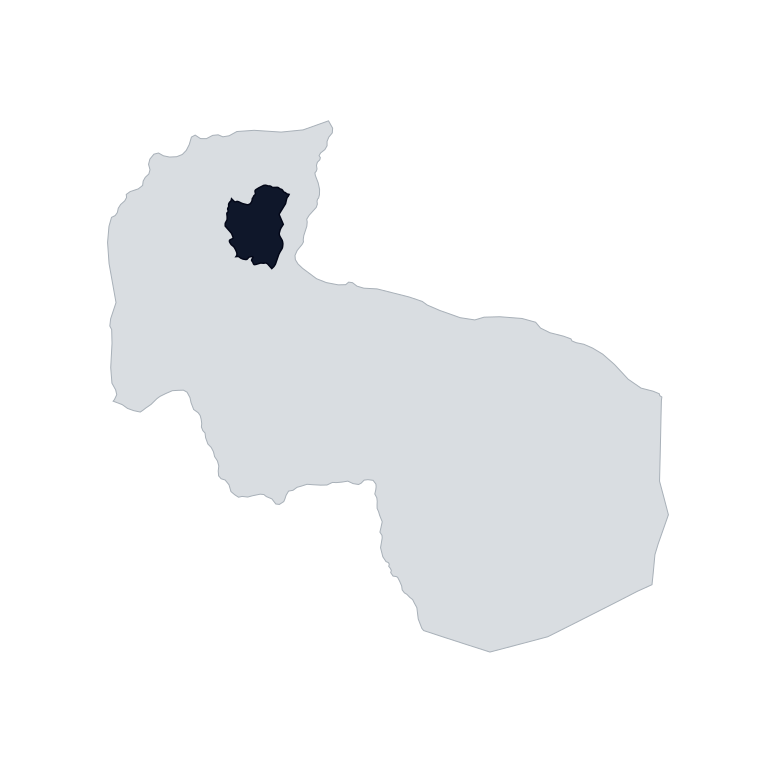 location of Paraguarí within Paraguay, rotated 167°
{"feature_id": "PRY-611", "entity_name": "Paraguarí", "entity_type": "Department", "adm_level": 1, "iso_a3": "PRY", "parent_name": "Paraguay", "parent_adm1": "", "projection": "orthographic", "projection_center": [-57.025, -26.024], "detail": "fine", "context": "in_parent", "style": "filled", "palette": "ink", "viewbox_px": 768, "rotation_deg": 167, "n_neighbors": 0, "source": "natural_earth", "source_scale": "10m", "svg_char_len": 5475}
<svg xmlns="http://www.w3.org/2000/svg" viewBox="0 0 768 768"><g transform="rotate(167 384 384)"><path d="M402.3,158.7L403.7,163.7L404.6,167.5L406.8,170.2L409.0,173.9L411.1,175.9L412.6,179.3L412.2,183.2L413.1,188.2L414.2,192.5L415.3,193.6L418.4,194.8L419.9,198.7L418.8,200.7L419.3,202.9L420.4,205.2L419.4,207.3L419.9,209.0L422.0,210.5L424.0,215.9L424.2,225.3L422.1,230.3L420.4,234.4L420.0,236.9L421.3,240.6L419.2,244.9L416.7,250.2L417.3,253.8L417.8,257.2L418.0,260.9L418.7,264.3L417.9,268.0L417.0,271.2L416.6,274.8L417.7,278.9L415.8,282.8L414.8,285.6L414.4,288.3L416.3,292.6L421.2,294.4L425.0,294.8L428.6,292.5L431.4,291.8L436.5,293.9L441.1,297.5L447.1,297.9L452.4,298.6L456.4,299.7L462.3,298.4L468.5,299.7L475.7,301.8L481.6,303.6L487.5,303.1L492.0,302.9L496.6,300.9L501.1,301.1L504.5,297.5L506.4,294.3L508.1,292.0L513.0,290.2L516.4,291.4L519.1,297.3L524.0,300.8L525.9,303.3L529.4,304.5L537.3,304.7L542.2,304.5L547.6,306.4L551.2,306.4L554.4,309.7L557.3,313.6L557.7,320.7L560.4,326.2L564.0,328.3L565.8,331.7L565.1,336.5L563.4,341.3L563.6,346.5L565.4,351.4L565.4,356.2L566.6,361.0L569.1,365.1L569.9,371.8L569.4,376.5L571.0,379.3L571.6,383.2L570.5,386.4L570.1,390.7L570.2,394.6L571.5,397.8L575.2,402.0L576.2,409.3L576.1,414.3L577.7,420.3L580.8,423.1L585.8,424.1L591.7,425.1L598.8,423.8L605.1,422.3L608.6,420.8L615.6,416.5L621.7,414.1L624.9,412.6L627.8,411.5L633.8,414.3L639.4,417.9L643.7,422.8L651.8,428.2L650.2,429.4L646.8,433.7L646.8,438.7L648.9,446.0L646.6,461.4L639.9,484.7L637.1,498.3L638.1,502.2L635.7,509.0L626.8,523.6L626.3,533.5L624.8,563.2L621.5,584.1L616.5,599.5L612.0,607.7L608.0,608.6L605.2,611.1L603.4,615.0L600.2,618.2L595.5,620.7L592.9,623.6L592.5,626.7L588.0,628.6L579.5,629.4L574.5,631.8L573.0,635.9L570.1,639.1L565.9,641.5L563.8,645.4L564.0,651.0L561.5,655.8L556.5,659.7L551.8,659.8L547.6,656.0L542.0,653.4L534.9,652.1L528.9,653.0L524.1,656.1L519.9,661.1L516.1,667.9L512.0,669.0L507.6,664.4L501.9,663.0L495.0,664.8L489.5,664.1L485.4,661.1L479.1,660.7L470.6,663.1L453.5,660.4L427.6,652.6L405.7,649.8L378.9,652.9L376.5,644.8L377.9,640.3L382.2,637.0L384.9,633.2L385.9,628.9L388.9,625.7L393.8,623.4L395.9,621.1L395.1,618.9L396.1,616.9L399.0,615.1L400.6,612.3L400.9,608.6L402.0,606.7L403.8,605.3L404.0,602.7L402.9,594.7L403.0,588.1L404.3,583.0L405.9,579.9L407.1,579.1L408.1,577.3L408.5,574.2L410.3,571.3L418.9,565.3L422.2,562.0L422.4,559.1L423.7,555.1L428.8,546.6L430.3,542.6L430.5,540.6L432.3,538.5L438.5,533.7L441.8,529.3L442.4,525.1L440.8,520.3L437.3,515.0L426.1,501.8L417.4,495.8L406.3,490.9L399.0,489.4L395.5,491.2L391.9,489.8L388.3,485.4L382.1,481.9L369.3,478.2L339.9,463.1L328.1,455.8L324.1,451.2L313.1,443.1L294.9,431.5L281.1,426.0L271.5,426.6L256.1,423.5L234.8,416.8L222.4,410.1L218.9,403.3L210.9,396.7L198.3,390.2L191.7,385.9L191.2,383.7L187.4,381.0L180.4,377.8L172.7,372.1L164.2,363.9L155.0,351.1L145.0,333.7L134.5,322.2L123.5,316.5L118.0,312.6L117.9,310.6L116.2,308.8L117.5,305.3L121.0,291.6L126.0,271.8L131.2,251.4L137.4,227.3L136.8,210.4L136.3,192.6L145.8,177.6L152.6,166.9L158.4,156.8L164.1,139.6L168.0,128.2L183.8,125.0L210.7,118.2L224.1,114.9L252.5,107.9L281.3,100.9L311.7,99.9L341.1,99.0L364.1,112.7L381.6,123.2L400.8,134.8L402.1,137.4L403.5,147.3L402.3,158.7Z" fill="#d9dde1" stroke="#a8b0b8" stroke-width="1"/><path d="M493.4,537.5L495.3,538.9L496.7,540.6L497.2,540.9L497.6,541.1L499.6,541.4L498.5,542.4L498.1,543.6L497.9,544.8L498.0,546.0L498.4,548.1L499.0,550.3L499.4,551.3L499.9,552.1L501.4,554.0L501.9,555.1L502.5,557.0L502.5,558.0L502.2,558.7L501.6,559.1L498.9,559.7L498.5,560.0L498.1,560.4L498.1,560.9L498.1,561.2L498.1,561.4L498.5,564.0L498.7,565.0L499.1,565.9L503.2,573.6L502.7,575.8L502.4,576.5L500.3,578.9L499.8,579.7L499.2,582.3L498.9,584.8L498.8,585.4L498.5,586.0L497.2,586.9L497.0,587.2L496.9,587.7L496.9,588.3L497.0,589.0L497.0,589.6L496.7,590.4L495.9,591.2L495.5,591.8L495.2,592.6L495.2,593.3L494.9,594.2L494.4,595.0L493.2,596.1L492.4,596.5L491.6,597.3L490.9,598.8L488.7,595.3L488.2,595.0L487.4,594.8L486.7,595.0L485.5,594.8L484.4,594.1L482.3,592.4L481.0,591.5L477.3,589.6L476.9,589.4L476.3,589.3L475.7,589.3L475.1,589.4L474.4,589.5L474.0,589.7L473.6,589.9L472.6,590.7L471.9,591.5L471.3,592.4L471.0,593.2L470.8,593.8L470.6,594.3L470.3,594.7L469.6,595.0L469.3,595.5L469.1,595.8L469.0,596.1L468.7,596.4L468.3,596.8L467.4,597.2L466.9,597.6L466.5,598.2L466.4,599.1L466.4,600.2L466.3,601.0L465.9,601.7L465.1,602.2L461.9,603.3L456.5,604.6L454.8,604.4L453.5,603.8L452.5,603.1L450.8,602.7L449.9,602.2L449.3,601.6L448.9,601.0L448.1,600.5L443.6,599.6L442.7,599.1L442.3,598.6L441.9,598.0L441.4,597.5L439.9,596.6L439.5,596.1L439.2,595.6L438.8,594.4L438.5,593.8L438.1,593.3L437.4,592.9L437.0,592.6L435.9,591.1L433.8,590.1L435.0,588.6L436.3,587.6L437.1,586.5L439.4,581.8L447.6,573.5L447.9,573.0L448.0,572.3L446.2,562.2L449.1,559.4L450.5,557.6L452.2,554.4L452.4,552.9L452.3,551.6L450.9,546.9L450.8,545.4L451.0,543.3L451.8,540.9L452.4,539.5L453.2,538.5L455.4,536.3L457.4,533.9L462.7,525.4L463.1,524.9L464.9,523.2L467.4,521.7L470.5,527.4L471.1,527.9L472.0,528.6L473.7,528.7L474.4,528.8L475.9,529.3L477.0,529.6L477.5,529.6L482.2,529.3L482.8,529.4L483.6,529.5L484.0,530.0L484.2,530.6L484.5,532.4L484.7,532.9L485.1,533.7L485.2,534.0L485.2,534.3L485.1,534.6L484.9,535.0L484.2,535.8L483.4,536.5L483.2,536.8L483.1,537.0L483.3,537.5L483.8,537.8L484.3,537.9L486.2,538.1L486.6,538.0L487.1,537.9L487.5,537.7L487.9,537.4L488.4,537.0L488.9,536.6L489.6,536.3L490.3,536.3L490.8,536.4L493.4,537.5Z" fill="#0f172a" stroke="#020617" stroke-width="1.5"/></g></svg>